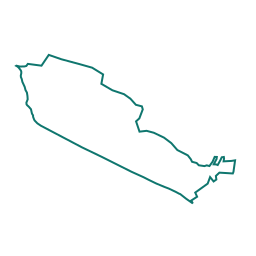 Karakul, Bukhoro, Uzbekistan (Albers equal-area conic projection), rotated 351°
{"feature_id": "79887680B39876155507460", "entity_name": "Karakul", "entity_type": "district", "adm_level": 2, "iso_a3": "UZB", "parent_name": "Uzbekistan", "parent_adm1": "Bukhoro", "projection": "albers", "projection_center": [63.154, 39.851], "detail": "fine", "context": "isolated", "style": "outline", "palette": "teal", "viewbox_px": 256, "rotation_deg": 351, "n_neighbors": 0, "source": "geoboundaries", "source_scale": "gbopen_adm2", "svg_char_len": 1322}
<svg xmlns="http://www.w3.org/2000/svg" viewBox="0 0 256 256"><g transform="rotate(351 128 128)"><path d="M61.2,43.4L52.3,52.9L39.1,49.0L37.3,50.8L35.4,51.0L30.9,50.4L27.5,49.0L27.3,49.1L28.1,49.7L29.3,51.0L30.5,53.1L31.2,54.5L31.4,55.6L31.2,57.1L30.3,59.5L30.2,61.0L30.7,63.0L30.9,66.0L31.2,67.0L32.4,71.3L32.7,74.5L33.7,77.2L33.7,80.6L33.4,84.0L31.6,87.1L31.5,88.8L32.0,89.8L33.3,91.4L35.1,94.3L35.4,98.8L36.2,100.7L36.0,102.1L36.5,104.5L36.9,105.9L39.2,109.2L42.3,112.1L79.5,139.9L97.7,152.5L124.5,171.7L135.6,179.0L140.7,182.7L147.3,187.3L154.8,191.9L158.8,194.2L165.5,198.8L168.1,200.8L169.3,201.5L174.2,206.8L174.6,207.2L180.2,212.6L179.2,209.5L185.5,206.7L184.3,202.3L198.0,195.4L201.4,189.3L204.2,194.2L207.2,192.7L207.3,189.1L211.3,186.4L224.4,189.3L225.3,187.8L228.7,176.7L225.0,176.7L217.2,175.9L218.1,173.1L218.1,171.6L216.0,171.6L214.1,174.4L210.8,178.6L209.4,177.8L207.0,177.3L210.6,172.5L211.2,170.5L209.1,170.1L206.3,174.5L202.5,178.3L199.9,177.2L197.6,177.6L192.1,175.9L190.3,173.3L186.0,171.4L185.1,168.6L182.8,164.4L173.3,157.5L168.4,149.7L162.0,143.1L152.7,136.7L145.9,133.7L138.8,133.4L137.0,122.7L140.7,120.3L145.5,111.9L145.1,108.8L139.4,106.3L135.0,99.5L129.4,94.0L118.5,88.3L108.6,80.2L111.8,71.2L102.0,62.8L89.4,57.0L73.0,49.7L61.2,43.4Z" fill="none" stroke="#0f766e" stroke-width="2"/></g></svg>